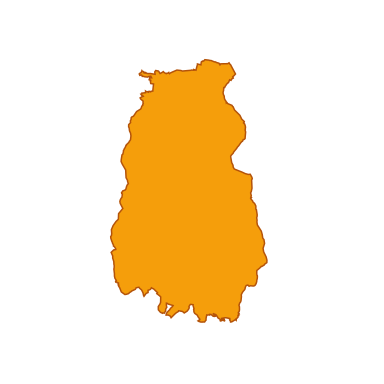 outline of Ciceu-Giurgesti, Bistrita-Nasaud, Romania, rotated 221°
{"feature_id": "2599482B28114594722524", "entity_name": "Ciceu-Giurgesti", "entity_type": "district", "adm_level": 2, "iso_a3": "ROU", "parent_name": "Romania", "parent_adm1": "Bistrita-Nasaud", "projection": "robinson", "projection_center": [23.976, 47.27], "detail": "fine", "context": "isolated", "style": "filled", "palette": "amber", "viewbox_px": 384, "rotation_deg": 221, "n_neighbors": 0, "source": "geoboundaries", "source_scale": "gbopen_adm2", "svg_char_len": 5908}
<svg xmlns="http://www.w3.org/2000/svg" viewBox="0 0 384 384"><g transform="rotate(221 192 192)"><path d="M264.0,303.7L265.0,302.8L265.6,302.7L269.1,300.3L269.1,298.6L269.8,298.0L269.7,297.5L270.2,297.0L270.3,296.2L268.7,293.8L271.9,292.2L271.4,291.6L270.5,289.6L268.9,286.5L271.0,285.6L270.5,285.1L272.4,283.7L272.7,283.1L278.6,277.0L280.1,276.4L283.4,274.1L285.7,269.3L286.7,267.0L286.6,266.6L287.7,266.5L288.0,266.8L288.3,265.6L289.1,264.9L289.1,264.4L291.2,263.9L292.7,264.0L292.8,263.2L293.8,260.5L296.6,261.3L299.1,259.9L298.9,258.2L297.1,256.6L301.3,254.0L302.8,252.6L303.9,251.9L304.4,251.8L305.3,251.0L306.2,250.6L306.0,251.4L307.1,250.8L307.7,251.0L308.7,250.5L309.4,250.7L308.7,248.8L309.2,247.6L309.3,246.5L307.9,245.8L307.1,247.0L306.5,247.2L305.4,246.6L304.4,247.5L303.3,247.9L300.9,249.6L300.5,250.7L299.1,252.4L297.4,251.7L298.9,250.4L297.9,249.3L298.2,249.1L298.0,248.6L296.4,249.2L296.2,248.9L296.5,248.8L296.4,248.5L294.3,246.8L291.9,248.3L287.8,242.4L288.5,241.8L289.0,240.4L289.8,240.4L290.7,239.4L290.2,238.9L290.3,238.6L291.5,238.4L292.3,237.8L293.3,237.7L292.2,236.5L294.7,233.7L294.2,233.3L294.8,232.3L292.6,231.8L292.3,232.4L291.5,232.2L292.2,231.2L292.9,229.0L291.8,228.5L288.5,228.5L287.3,226.9L286.8,226.8L286.5,225.5L286.1,225.3L286.2,223.8L285.3,221.7L285.2,220.9L286.6,216.4L285.9,210.9L286.7,209.0L286.7,208.3L285.5,206.6L285.2,205.2L283.9,204.1L284.0,201.3L282.5,199.5L281.7,199.3L279.2,197.1L277.0,196.1L274.9,194.3L272.7,191.1L272.5,190.1L272.6,189.2L272.2,188.0L272.5,184.6L272.2,184.2L272.4,183.9L271.6,181.7L271.5,180.3L271.1,179.6L271.0,178.4L270.0,177.1L269.0,175.0L269.1,174.7L269.2,174.1L266.7,170.1L265.5,168.5L262.9,167.3L256.5,165.1L251.1,159.5L248.4,158.5L247.4,157.6L245.5,156.5L245.6,155.3L245.1,153.4L243.8,150.8L243.8,149.6L245.0,147.3L244.7,146.5L244.9,145.5L244.0,144.7L243.2,144.8L241.4,142.0L241.4,141.0L241.1,139.4L240.3,137.6L238.7,136.3L233.4,134.2L233.2,127.5L229.7,123.1L230.0,119.9L229.5,114.9L228.1,110.7L225.3,107.9L224.3,106.4L224.1,105.0L223.0,103.9L220.4,102.3L219.2,101.8L218.6,101.3L216.4,100.4L215.9,99.7L214.7,99.8L212.5,99.2L211.8,98.6L213.1,96.9L213.4,93.4L209.9,91.7L208.5,90.1L205.4,88.2L203.5,86.2L202.4,85.4L201.1,83.8L200.4,82.6L197.0,79.5L195.3,77.6L193.5,76.3L191.1,75.6L191.1,74.5L190.4,74.0L189.8,74.7L188.8,74.4L188.0,75.1L187.7,75.1L186.9,73.6L186.1,73.7L186.0,73.0L183.6,72.2L179.8,70.2L175.4,70.6L174.6,71.5L173.3,73.5L173.2,74.0L173.1,75.4L172.6,76.8L172.5,77.8L170.9,81.4L171.3,83.1L169.6,85.3L168.4,85.0L165.8,85.0L162.9,83.8L160.6,82.1L159.8,81.8L160.1,85.4L159.2,87.3L160.7,89.0L159.8,90.5L159.5,91.5L159.8,93.1L158.0,93.4L157.7,93.7L152.0,93.4L151.9,92.2L148.3,92.4L146.8,92.3L143.3,88.1L142.7,86.4L142.3,83.4L140.1,81.0L136.9,80.5L134.7,81.1L134.7,81.6L133.4,82.4L133.8,84.2L133.7,84.9L134.2,85.2L134.8,86.1L135.2,86.9L135.4,88.5L136.6,89.3L138.4,91.3L137.8,91.7L136.5,91.8L131.8,93.9L131.6,92.5L131.9,90.0L131.6,88.4L131.8,86.3L131.7,83.8L131.4,83.0L130.8,82.1L129.3,83.5L127.1,84.1L125.3,83.4L124.9,88.7L124.6,90.7L123.9,92.8L124.2,93.6L120.8,95.6L118.5,95.6L117.7,98.2L117.5,99.0L117.7,101.5L118.1,102.7L119.2,103.7L119.5,105.9L119.2,106.4L117.2,107.7L116.7,107.0L113.9,105.2L113.8,104.5L113.2,104.2L112.5,103.3L111.3,102.5L110.2,102.2L107.2,102.5L105.3,101.7L102.7,101.2L102.3,100.7L102.9,99.3L102.9,99.0L102.6,98.9L102.7,98.7L101.9,98.8L99.9,99.7L97.2,102.2L97.4,103.8L97.3,104.4L98.6,106.0L100.2,108.9L99.4,109.4L98.7,110.4L98.0,110.7L98.4,111.2L97.3,112.1L94.6,112.1L93.5,112.7L93.0,113.4L93.6,113.5L93.2,113.8L93.6,114.6L93.9,114.5L94.1,113.9L96.6,114.0L93.5,115.1L91.6,114.7L89.7,114.0L86.7,114.4L86.2,114.6L86.0,114.3L86.3,113.4L86.0,113.3L85.5,113.8L85.1,114.7L85.3,115.4L85.1,115.7L84.1,115.6L82.3,116.3L83.4,116.3L83.9,116.9L85.5,116.0L86.5,115.9L87.2,116.5L86.6,116.3L86.1,116.4L85.8,117.3L84.9,118.1L84.7,118.7L83.7,119.5L80.5,121.3L79.4,120.3L79.5,120.1L78.1,119.7L77.6,119.2L77.1,119.7L76.6,120.6L75.7,123.6L75.2,123.9L75.4,124.4L74.6,124.3L75.3,125.3L75.2,127.8L76.3,129.0L75.7,129.5L76.9,130.6L76.5,131.0L76.9,131.2L77.3,130.9L77.9,131.3L78.2,133.2L79.0,134.4L80.9,136.5L82.3,137.4L83.2,139.6L83.2,140.9L83.7,142.1L86.0,145.4L87.4,146.8L87.9,148.6L88.2,150.3L88.2,153.0L88.9,154.6L89.2,154.8L89.7,156.7L89.7,157.1L88.8,158.4L87.1,158.3L86.4,159.6L84.1,161.2L83.3,162.3L83.2,163.4L83.5,164.3L83.4,164.6L84.3,166.7L85.4,168.2L85.8,169.2L87.0,170.9L87.9,171.8L88.5,171.9L89.6,172.9L91.6,175.3L91.0,178.9L90.9,181.3L90.5,181.5L89.6,184.2L89.8,185.2L89.2,187.8L90.7,189.7L93.4,191.6L98.6,193.8L101.4,196.1L103.5,200.8L106.5,203.3L108.0,203.5L108.8,204.0L111.0,205.9L114.0,207.9L121.0,210.0L123.4,212.0L124.4,213.4L126.3,215.0L127.0,216.5L127.9,217.6L131.8,220.9L132.2,220.8L132.9,221.3L134.6,223.3L137.2,224.4L139.8,224.5L140.3,225.0L143.4,225.5L143.5,226.6L143.8,226.4L144.2,226.5L144.7,228.0L147.2,229.8L147.5,231.1L149.2,234.2L154.9,240.2L155.2,241.5L156.4,242.4L159.7,243.6L161.0,242.2L163.9,240.8L167.4,239.8L175.1,237.1L177.2,237.8L178.6,239.1L181.3,240.2L186.0,244.0L186.5,245.0L186.4,248.3L186.8,249.7L186.9,254.1L187.2,255.7L187.1,257.5L187.5,261.0L187.5,262.5L187.2,263.5L187.7,265.2L187.1,266.0L187.0,267.1L190.9,272.5L192.7,273.7L192.9,274.4L193.8,275.3L193.8,275.6L194.8,276.6L196.9,277.9L197.6,277.8L198.0,278.3L198.5,278.1L198.8,279.5L202.2,279.6L206.2,281.3L213.7,281.8L216.9,283.3L217.5,283.2L218.7,283.6L222.8,282.2L223.6,282.2L224.3,282.5L224.7,282.2L224.7,281.9L225.6,282.7L228.1,283.4L229.3,284.2L230.6,285.5L232.1,286.1L233.1,286.8L234.0,287.7L234.8,289.4L236.0,290.9L236.0,291.3L236.5,291.7L235.9,292.4L236.2,293.1L236.6,296.3L236.5,298.1L236.2,298.4L237.2,301.4L235.8,301.8L236.1,303.7L235.6,305.0L236.7,305.5L236.6,305.8L236.8,305.9L236.6,307.6L236.6,309.6L246.5,313.4L247.2,313.3L248.8,313.8L249.2,312.3L254.4,307.6L254.3,306.3L255.4,306.6L255.7,306.9L256.2,306.9L258.6,305.7L259.4,305.7L260.5,304.9L264.0,303.7Z" fill="#f59e0b" stroke="#b45309" stroke-width="1.5"/></g></svg>